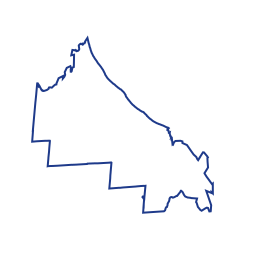 the district of Jūrkalnes pag., Ventspils, Latvia, rotated 102°
{"feature_id": "27541924B11800996662451", "entity_name": "Jūrkalnes pag.", "entity_type": "district", "adm_level": 2, "iso_a3": "LVA", "parent_name": "Latvia", "parent_adm1": "Ventspils", "projection": "equal_earth", "projection_center": [21.409, 57.03], "detail": "fine", "context": "isolated", "style": "outline", "palette": "blue", "viewbox_px": 256, "rotation_deg": 102, "n_neighbors": 0, "source": "geoboundaries", "source_scale": "gbopen_adm2", "svg_char_len": 5244}
<svg xmlns="http://www.w3.org/2000/svg" viewBox="0 0 256 256"><g transform="rotate(102 128 128)"><path d="M186.2,30.6L173.2,38.4L174.2,32.8L173.4,33.0L174.4,31.4L164.7,33.5L165.5,34.1L160.7,39.4L159.3,41.0L156.5,43.7L156.3,43.8L150.0,41.5L144.3,43.2L140.8,44.1L140.2,43.7L139.3,44.5L136.1,48.6L136.2,49.6L142.1,51.8L142.1,51.7L144.9,52.7L144.1,53.7L142.1,55.2L140.3,58.3L137.1,61.8L132.4,66.8L131.4,71.6L129.8,72.0L129.6,74.0L130.8,78.8L131.8,79.7L133.2,80.2L134.4,80.4L134.3,80.5L134.9,81.0L129.5,82.8L129.6,83.0L129.4,83.1L129.6,83.2L129.3,83.3L129.2,83.3L128.8,83.3L128.9,83.5L128.6,83.4L128.5,83.5L128.4,83.6L128.1,83.8L128.1,84.0L127.9,84.1L128.0,84.2L127.9,84.4L127.7,84.5L127.4,84.6L127.3,84.8L127.1,84.8L126.9,84.9L126.8,85.0L126.6,85.1L126.4,85.3L126.1,85.2L125.8,85.2L125.7,85.2L125.8,85.2L125.9,85.3L125.6,85.5L125.3,85.7L125.2,85.9L125.0,86.0L124.8,86.1L124.4,86.2L124.1,86.2L123.9,86.2L124.0,86.3L123.8,86.6L123.9,86.8L123.7,86.8L123.7,87.0L123.4,87.0L122.9,87.0L123.1,87.1L122.9,87.4L122.9,87.6L122.6,87.6L122.4,87.8L122.1,87.9L122.0,88.0L121.8,88.6L121.7,88.6L121.3,88.7L121.1,88.9L121.2,89.1L120.4,89.1L120.6,88.5L120.4,88.5L119.7,88.1L119.4,88.7L119.3,89.6L119.3,89.8L119.3,90.0L119.3,90.3L118.9,91.9L118.7,92.6L118.3,94.2L118.2,94.8L118.2,95.3L118.0,96.0L118.0,96.4L117.9,96.9L117.8,97.2L117.8,97.6L117.7,98.0L117.7,98.7L117.4,99.8L117.3,100.8L116.2,104.5L115.7,105.7L114.8,107.3L114.6,108.0L113.3,110.3L112.6,111.2L112.5,111.5L112.4,111.6L112.4,111.8L112.2,112.0L111.7,112.5L111.3,112.8L111.2,113.1L111.1,113.4L110.5,114.3L110.2,114.8L110.0,115.2L109.8,115.4L109.6,115.5L109.5,115.8L109.3,116.1L109.1,116.8L109.1,117.3L109.1,117.6L108.3,119.9L108.0,120.6L107.7,121.1L107.4,122.1L107.4,122.3L107.1,122.8L107.0,123.1L106.3,124.4L106.0,125.1L105.7,125.7L105.4,126.3L105.1,126.5L105.0,126.8L104.4,128.0L104.1,128.6L103.6,129.2L102.8,130.4L101.8,131.5L101.5,132.0L100.5,133.1L100.4,133.4L100.3,133.5L99.4,134.5L99.0,134.9L98.6,135.3L98.2,135.8L98.0,136.1L97.4,136.6L96.6,137.1L96.2,137.2L96.1,137.4L95.9,137.5L95.3,138.1L94.8,138.6L94.2,139.2L93.4,140.3L93.1,140.9L92.5,141.8L91.8,142.8L91.7,143.6L91.1,144.9L90.7,145.6L90.5,146.4L90.0,147.0L89.8,147.6L88.9,149.2L88.4,149.9L88.2,150.3L87.6,151.9L87.4,152.3L87.1,152.6L86.9,153.0L86.5,153.8L86.0,154.5L85.6,155.4L85.1,156.0L84.8,156.6L83.6,158.3L82.7,159.3L81.8,160.1L81.0,161.0L80.5,161.4L79.5,162.0L77.8,163.4L76.4,164.5L75.9,165.0L75.4,165.6L74.6,166.4L73.7,167.3L73.1,168.1L72.6,168.6L72.1,169.3L71.6,169.8L71.4,170.2L70.5,171.2L68.9,172.7L67.4,174.4L66.9,175.0L65.8,175.9L64.8,177.0L63.3,178.1L62.7,178.6L62.3,179.0L62.0,179.1L61.7,179.4L60.9,179.8L59.9,180.5L58.9,181.0L58.5,181.2L57.7,181.6L56.9,182.2L54.5,183.3L53.0,184.2L50.6,185.3L50.2,185.5L48.3,186.4L49.3,186.8L51.9,187.8L52.7,188.0L53.0,187.8L54.2,188.1L54.6,189.2L54.8,189.8L55.7,189.4L55.9,189.6L55.6,190.2L55.6,190.7L55.7,191.2L55.5,192.0L56.5,192.8L56.8,193.0L57.6,193.3L60.9,192.1L61.7,192.2L62.7,192.7L63.4,193.9L63.0,194.4L63.4,194.7L62.7,195.8L63.1,196.1L63.1,197.3L63.2,198.6L68.7,198.6L67.5,196.0L76.3,194.3L79.6,193.7L80.0,194.4L80.8,194.9L84.2,194.9L84.7,195.1L84.8,195.7L82.4,196.3L81.2,196.1L79.5,197.2L81.9,200.4L86.5,201.5L89.1,200.5L91.1,200.9L93.2,202.0L90.7,202.4L93.7,206.2L99.1,207.2L100.3,207.1L100.7,208.1L100.8,208.3L102.2,209.4L104.4,210.9L104.4,212.6L104.8,213.7L105.1,213.8L105.4,213.8L106.1,213.8L106.9,214.5L107.7,215.3L108.9,217.3L109.2,217.9L109.4,218.5L109.1,218.9L109.1,219.0L109.4,219.4L109.4,219.5L109.2,219.8L108.8,219.9L108.8,220.0L108.8,220.4L108.5,220.7L108.1,220.9L108.0,221.2L107.8,221.4L107.2,221.7L106.5,222.4L106.3,222.7L106.1,222.8L105.6,222.9L105.5,223.1L105.6,223.3L105.9,223.4L105.9,223.5L106.2,223.8L106.0,224.0L105.4,223.8L105.2,223.8L104.9,224.0L104.6,224.0L102.6,226.1L102.4,226.2L114.8,224.7L121.2,224.0L121.5,224.0L151.3,220.4L151.6,220.3L151.5,220.2L161.3,218.9L159.9,214.3L157.8,206.6L156.7,201.8L156.8,201.7L163.4,200.9L167.7,200.3L173.4,199.7L175.3,199.4L175.7,199.4L182.1,198.6L182.0,198.4L181.3,195.9L180.7,193.4L179.6,189.3L177.1,180.4L175.9,176.2L175.7,175.3L174.8,171.8L174.8,171.7L174.0,168.9L171.7,160.5L171.3,160.3L170.5,157.2L169.3,152.5L168.7,149.7L165.5,138.0L165.4,138.0L165.2,137.2L165.3,137.0L175.6,135.7L178.1,135.4L181.1,134.9L191.1,133.7L188.5,124.9L188.1,123.2L187.2,120.5L183.5,107.8L183.4,107.6L182.1,103.4L181.3,100.5L181.3,100.1L180.9,98.9L191.4,97.7L191.7,97.9L191.8,98.3L192.0,98.5L191.8,98.8L191.8,99.1L192.1,99.4L192.6,99.4L192.7,99.0L192.8,98.6L193.3,98.6L193.7,98.2L192.2,97.6L195.1,97.2L195.3,97.3L201.4,96.5L201.3,96.4L203.1,96.1L203.3,96.2L207.7,95.6L205.3,87.2L203.0,79.1L202.0,75.5L201.9,75.4L200.8,74.6L198.6,74.5L197.6,74.2L197.2,73.5L195.3,73.3L193.8,73.5L190.9,72.6L190.3,72.6L189.1,72.6L188.6,72.7L188.4,72.7L187.5,72.4L186.9,72.0L186.4,70.8L186.8,69.6L186.0,68.3L184.3,66.3L184.2,65.8L179.1,63.3L178.4,63.3L178.3,63.1L178.4,62.8L178.7,62.3L179.1,61.6L179.3,61.3L179.7,61.0L180.7,60.1L181.4,59.7L182.8,58.2L183.1,57.8L183.2,57.3L183.3,56.8L183.4,56.1L183.5,55.7L183.6,55.4L183.5,54.5L183.3,52.1L183.4,51.6L182.6,45.8L186.3,46.0L187.1,45.2L190.7,43.2L192.0,41.5L193.0,40.4L193.6,38.8L190.4,35.5L189.5,34.3L189.6,33.1L192.7,31.1L192.3,29.8L191.9,29.8L186.2,30.6Z" fill="none" stroke="#1e3a8a" stroke-width="2"/></g></svg>